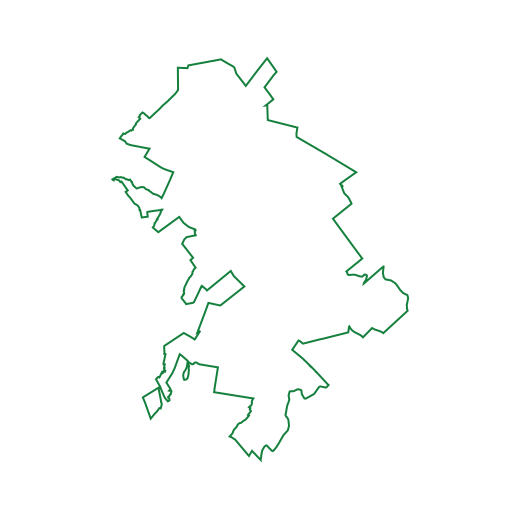 outline of Crucea, Constanta, Romania, rotated 348°
{"feature_id": "2599482B22418469262787", "entity_name": "Crucea", "entity_type": "district", "adm_level": 2, "iso_a3": "ROU", "parent_name": "Romania", "parent_adm1": "Constanta", "projection": "mercator", "projection_center": [28.187, 44.537], "detail": "fine", "context": "isolated", "style": "outline", "palette": "green", "viewbox_px": 512, "rotation_deg": 348, "n_neighbors": 0, "source": "geoboundaries", "source_scale": "gbopen_adm2", "svg_char_len": 6094}
<svg xmlns="http://www.w3.org/2000/svg" viewBox="0 0 512 512"><g transform="rotate(348 256 256)"><path d="M119.2,393.2L123.8,389.5L127.0,387.3L129.9,384.7L131.1,385.3L133.0,381.5L133.1,380.3L132.8,379.8L133.0,376.3L133.2,364.9L135.0,364.3L137.0,374.4L137.5,376.0L139.4,379.6L139.5,379.8L141.3,379.3L141.6,377.7L141.3,376.9L140.8,376.5L140.6,376.0L140.8,375.5L141.3,375.1L142.3,374.9L143.0,373.7L143.9,373.5L145.2,370.5L144.8,369.6L143.2,369.8L143.0,369.7L144.1,369.0L144.6,368.0L142.0,361.2L149.7,353.3L153.2,348.7L161.0,336.2L162.7,338.1L166.4,343.0L167.4,344.4L165.9,348.7L164.8,350.9L163.1,353.1L161.6,354.4L160.5,356.1L159.9,358.0L159.8,360.5L159.9,362.0L160.3,362.3L162.4,362.2L163.6,361.3L164.9,358.9L165.6,357.2L165.7,356.1L166.5,354.4L166.6,353.2L166.9,351.6L167.7,349.3L167.1,348.2L168.2,346.0L170.6,348.4L171.9,348.8L172.5,348.6L173.5,347.7L174.3,347.5L175.8,347.9L176.5,348.6L176.8,349.2L178.2,350.2L195.6,357.0L188.6,375.2L186.7,380.5L223.8,394.8L222.1,396.6L221.6,397.6L221.5,399.0L220.4,401.0L217.7,402.4L218.9,403.6L218.0,404.7L218.8,406.7L215.1,409.8L216.0,410.6L212.1,413.7L209.0,414.9L206.7,416.1L204.8,416.1L203.8,416.7L202.6,417.6L201.9,418.8L200.9,419.6L198.7,421.0L197.9,421.8L196.1,424.6L192.7,427.1L194.3,428.1L196.5,430.4L197.2,430.8L207.5,450.1L211.6,445.8L218.2,456.5L218.5,455.2L219.1,454.2L219.6,452.4L221.5,447.8L222.1,446.9L224.8,444.1L226.5,443.4L227.1,443.6L227.6,444.2L228.3,445.6L231.1,449.9L231.8,450.3L232.8,449.9L236.1,447.3L239.5,443.8L245.4,437.2L246.2,436.5L250.6,433.4L251.1,432.8L252.9,429.1L253.1,428.2L253.6,423.2L253.6,422.9L252.9,420.4L252.3,419.6L252.0,418.9L251.8,417.6L251.9,417.0L252.3,416.5L254.5,411.1L254.8,410.2L256.3,407.3L256.9,406.6L258.4,403.9L258.7,403.6L258.9,399.1L260.8,395.5L261.7,395.5L264.4,396.1L269.3,395.0L271.6,396.1L272.2,396.5L272.4,397.0L272.4,397.8L272.1,400.7L273.7,405.3L274.2,405.7L275.3,405.8L283.9,403.1L284.3,402.9L290.6,397.1L291.7,397.0L292.3,397.1L296.7,399.1L297.2,399.2L297.7,399.0L300.0,397.5L300.2,397.2L299.6,396.6L290.9,382.0L290.7,382.0L290.4,381.4L290.5,381.4L289.4,379.6L287.4,376.5L287.2,376.5L286.4,375.4L286.7,375.4L280.5,366.2L271.9,355.3L280.0,347.5L280.4,347.7L281.4,348.6L283.8,351.5L301.4,350.8L302.8,350.9L330.4,349.9L332.2,344.7L332.6,344.3L333.6,347.0L334.8,349.0L335.6,349.9L336.9,351.2L341.7,355.1L343.0,356.6L343.7,357.8L354.6,350.6L356.3,352.2L362.0,355.6L364.6,357.9L364.8,357.7L392.9,341.1L392.8,338.7L393.3,335.2L395.5,330.3L396.1,328.5L395.9,325.7L392.3,322.9L391.2,321.2L390.0,319.3L387.9,314.2L386.5,311.5L382.9,307.9L377.8,305.8L376.5,303.2L376.6,299.7L376.6,299.0L378.6,292.9L378.3,292.8L355.7,305.4L355.9,304.9L358.7,302.1L360.4,298.5L360.2,297.7L359.7,297.2L358.9,297.0L358.5,296.7L358.1,296.7L356.5,297.9L355.3,298.2L352.2,297.0L350.8,295.9L348.8,294.9L346.9,294.4L342.8,293.9L342.2,293.5L341.8,292.6L341.6,290.6L341.2,289.9L359.4,280.6L355.3,271.7L339.0,235.5L360.3,224.7L360.0,223.1L358.6,218.2L357.8,216.7L355.7,213.5L355.3,212.7L354.2,205.9L355.1,205.7L355.0,205.1L354.4,205.1L353.2,202.9L358.3,200.6L371.4,194.9L345.5,170.7L320.5,148.0L321.0,144.6L323.2,139.0L295.8,125.5L298.3,111.2L298.0,110.9L296.8,110.8L305.5,106.4L303.5,101.7L299.4,92.8L311.1,82.6L314.2,80.4L314.4,80.1L314.3,79.7L308.0,64.9L296.2,74.7L281.4,87.5L274.7,73.6L274.0,67.3L273.7,66.6L272.1,65.0L268.4,61.8L263.3,57.1L262.8,56.4L229.5,55.5L228.0,58.0L218.7,55.6L214.3,77.4L211.0,80.3L209.8,81.2L203.5,85.1L202.8,85.7L195.9,89.5L193.1,91.5L180.7,99.0L180.3,98.9L179.8,98.5L178.8,96.7L177.1,94.7L176.3,93.4L174.8,92.0L171.5,94.1L171.3,95.1L170.2,95.8L171.3,97.7L166.6,100.9L166.1,101.5L166.0,102.2L163.4,104.4L162.1,105.7L161.9,106.9L161.2,106.9L160.2,107.4L159.3,106.9L159.1,107.0L157.6,107.7L154.9,108.5L153.5,109.4L151.9,108.7L151.5,108.6L151.0,109.4L149.2,110.7L147.2,112.6L151.8,116.6L152.8,119.2L156.3,121.4L174.1,128.9L167.6,136.0L174.5,142.7L180.0,148.2L182.6,150.6L185.8,152.8L192.5,156.8L187.5,164.0L178.7,176.0L175.7,179.8L175.0,178.6L172.6,176.2L169.5,174.3L169.1,174.2L168.6,173.9L168.0,173.4L166.5,171.5L165.1,170.2L165.1,169.6L162.1,167.6L161.0,165.8L160.1,165.2L158.9,164.9L156.8,164.7L153.7,165.2L153.2,165.1L151.4,162.6L151.2,162.2L150.7,161.8L150.6,161.4L150.5,160.7L150.1,159.7L150.1,159.4L150.2,158.5L149.8,158.0L150.0,157.9L148.6,155.0L147.1,155.3L145.4,153.9L144.8,154.0L142.6,151.7L141.6,151.6L140.0,150.7L138.5,150.7L136.3,149.6L131.5,151.2L132.0,152.0L132.6,152.5L133.3,151.6L133.8,151.3L134.2,151.4L137.8,153.6L138.7,155.5L139.9,155.2L144.2,165.2L141.8,166.2L143.5,170.3L144.8,172.4L148.1,179.6L150.2,181.4L150.9,182.3L151.8,184.4L151.8,185.1L151.7,187.0L152.3,187.0L152.2,190.7L152.3,194.6L158.3,195.0L158.6,191.4L158.8,190.7L158.9,190.3L165.1,190.6L172.0,191.2L173.6,191.0L173.9,191.1L172.4,192.5L171.1,194.8L167.5,198.8L166.8,199.2L166.8,199.4L167.1,199.9L166.3,200.2L166.0,200.7L165.3,201.4L164.3,202.6L163.6,202.9L163.6,203.2L162.5,205.4L161.0,206.7L165.4,212.4L189.0,201.8L192.0,208.5L196.4,213.7L201.9,217.3L201.6,217.7L202.2,218.0L202.3,218.3L202.1,218.6L201.3,219.0L200.8,222.1L201.4,222.9L201.4,223.2L192.1,223.1L189.3,224.9L186.3,228.8L186.5,229.0L194.1,244.7L191.0,246.4L194.5,254.9L192.7,256.0L191.7,257.1L191.1,258.0L190.5,258.4L190.2,259.9L189.6,260.7L187.8,262.5L186.1,263.5L185.4,264.6L184.4,265.5L179.9,271.3L179.3,272.2L178.4,274.4L178.6,274.5L177.9,275.5L178.1,277.0L177.8,277.9L177.5,278.3L176.7,278.5L176.7,279.2L174.6,280.8L174.5,281.4L174.5,281.9L177.7,288.2L177.7,288.5L184.2,288.7L185.1,288.5L185.7,288.2L186.3,287.5L191.3,281.0L196.0,274.7L196.3,275.0L197.0,274.1L200.7,278.9L200.9,279.5L228.2,265.4L230.1,271.0L238.3,283.4L210.8,297.0L199.7,292.0L194.6,300.2L182.8,318.6L184.9,317.8L185.3,318.2L178.7,324.9L175.1,321.3L172.5,319.1L170.0,316.8L169.3,316.3L147.6,324.9L147.3,325.4L146.4,331.4L145.9,332.5L147.1,333.1L143.2,341.8L143.4,342.0L143.1,342.8L144.2,343.1L142.7,346.4L143.3,346.7L142.4,348.5L143.4,349.4L142.9,350.3L141.6,349.8L141.1,350.8L140.6,351.0L140.8,350.1L140.2,349.7L136.3,354.7L135.6,354.1L134.8,354.1L132.6,355.7L133.9,360.1L135.1,363.9L115.9,370.8L117.0,376.5L119.2,393.2Z" fill="none" stroke="#15803d" stroke-width="2"/></g></svg>